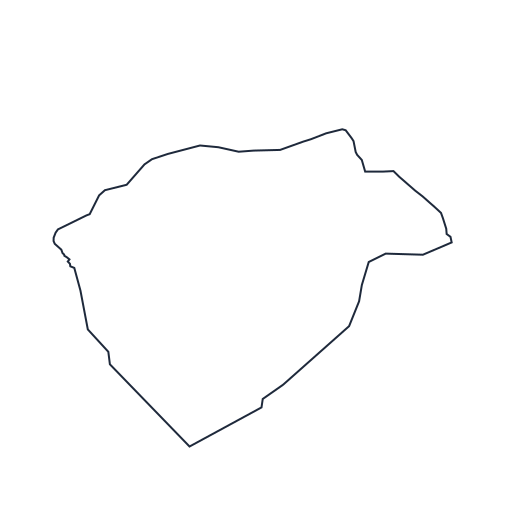 outline of Calabar Municipal, Cross River, Nigeria, rotated 241°
{"feature_id": "59680162B59054541310664", "entity_name": "Calabar Municipal", "entity_type": "district", "adm_level": 2, "iso_a3": "NGA", "parent_name": "Nigeria", "parent_adm1": "Cross River", "projection": "mercator", "projection_center": [8.34, 5.0], "detail": "fine", "context": "isolated", "style": "outline", "palette": "slate", "viewbox_px": 512, "rotation_deg": 241, "n_neighbors": 0, "source": "geoboundaries", "source_scale": "gbopen_adm2", "svg_char_len": 975}
<svg xmlns="http://www.w3.org/2000/svg" viewBox="0 0 512 512"><g transform="rotate(241 256 256)"><path d="M373.7,127.5L375.3,95.7L373.6,92.1L370.1,87.9L367.2,86.2L364.2,85.9L355.9,88.8L352.3,88.2L350.3,88.9L349.1,88.5L346.7,89.9L343.5,91.2L342.4,88.7L339.4,89.5L337.0,88.6L333.7,91.3L310.9,85.7L273.3,73.3L243.8,80.4L232.1,75.7L121.6,105.5L120.9,187.4L127.7,192.6L130.3,217.4L149.5,303.4L166.4,324.2L179.3,334.5L196.1,351.7L195.2,370.6L176.2,402.6L173.0,433.7L178.5,435.4L182.8,433.4L187.6,435.6L198.4,437.8L204.0,438.7L212.5,435.9L218.9,433.6L227.4,430.6L236.0,426.9L247.3,422.8L255.8,419.7L263.6,417.4L268.2,408.1L276.9,392.4L288.7,395.1L295.4,393.5L298.6,393.6L309.2,397.0L312.5,396.8L322.5,395.4L325.0,392.9L329.3,376.8L331.5,360.7L332.5,355.8L333.1,353.0L337.1,328.5L349.3,305.1L355.6,291.4L369.4,275.8L379.8,260.6L388.0,228.4L391.1,212.0L390.2,202.9L381.0,177.4L386.8,155.8L385.1,148.2L373.2,130.8L373.7,127.5Z" fill="none" stroke="#1e293b" stroke-width="2"/></g></svg>